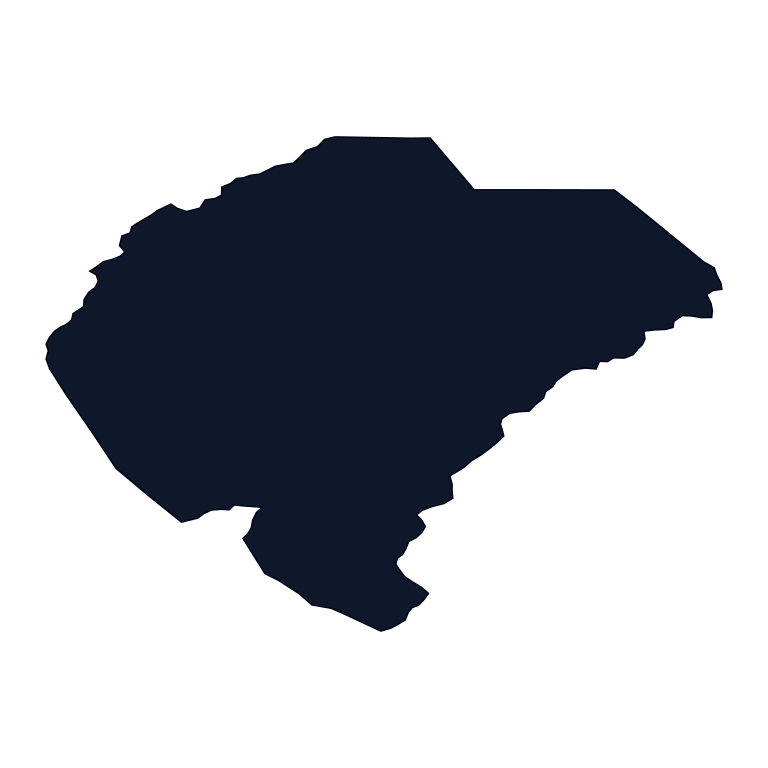 Itabaianinha, Sergipe, Brazil (Equal Earth projection), rotated 270°
{"feature_id": "56859067B9262557988032", "entity_name": "Itabaianinha", "entity_type": "district", "adm_level": 2, "iso_a3": "BRA", "parent_name": "Brazil", "parent_adm1": "Sergipe", "projection": "equal_earth", "projection_center": [-37.794, -11.271], "detail": "fine", "context": "isolated", "style": "filled", "palette": "ink", "viewbox_px": 768, "rotation_deg": 270, "n_neighbors": 0, "source": "geoboundaries", "source_scale": "gbopen_adm2", "svg_char_len": 2131}
<svg xmlns="http://www.w3.org/2000/svg" viewBox="0 0 768 768"><g transform="rotate(270 384 384)"><path d="M617.6,306.3L610.8,299.8L604.9,293.4L603.7,285.7L601.7,275.2L597.8,267.5L593.9,259.6L592.7,250.4L590.2,243.6L589.6,236.6L584.5,230.6L580.9,221.8L572.9,221.5L569.5,215.1L568.1,205.2L559.9,199.9L556.5,186.8L559.6,177.3L563.9,170.8L560.2,163.2L557.4,157.2L552.8,151.1L548.9,144.3L545.2,137.9L541.2,131.8L535.1,130.2L532.0,121.9L522.4,119.5L515.9,124.8L511.8,120.2L508.5,111.9L506.2,103.2L501.1,96.4L496.8,89.8L493.2,96.2L487.0,98.3L480.4,95.2L475.9,88.8L468.3,84.0L461.5,83.8L454.4,73.1L448.0,71.6L443.5,66.3L440.9,60.5L436.7,54.5L429.8,49.0L423.7,46.1L417.2,48.3L409.0,46.1L399.5,49.5L373.5,66.0L332.3,94.4L299.5,116.1L272.4,148.4L245.8,181.6L247.7,188.7L249.8,197.5L254.5,204.0L258.0,211.6L258.7,221.5L258.2,229.2L263.0,234.1L262.1,243.6L261.3,254.6L260.7,262.2L255.6,256.5L248.0,252.7L239.8,251.2L234.3,247.8L229.6,242.9L194.3,265.0L187.8,278.2L174.2,299.2L163.0,312.1L159.8,330.8L155.1,341.8L136.9,380.9L140.0,391.2L143.5,397.7L148.0,405.2L155.9,408.4L160.4,412.2L162.9,418.7L168.3,423.9L174.6,428.5L180.8,421.3L186.7,411.5L191.8,404.2L199.1,398.9L204.0,395.8L209.8,397.4L213.6,402.6L219.7,406.1L226.6,408.8L230.5,416.4L235.8,422.0L241.6,425.4L248.4,421.3L253.1,416.4L257.8,422.4L261.4,431.9L264.5,444.1L269.8,452.8L276.3,452.1L283.6,452.1L292.2,449.9L296.6,457.4L300.9,464.3L307.1,471.2L313.1,481.0L319.6,489.8L326.6,498.2L332.0,503.8L338.5,502.1L343.9,500.4L349.3,501.9L354.7,509.6L356.3,519.4L356.9,529.3L363.1,535.1L369.7,543.4L376.4,545.7L381.5,552.9L386.5,556.0L391.4,561.8L398.2,572.0L399.9,585.4L399.0,596.1L406.7,599.5L406.4,607.5L410.1,613.4L410.0,624.8L413.4,633.3L418.8,637.7L423.3,642.3L428.9,645.0L436.9,643.9L438.1,654.6L438.6,665.9L440.6,673.1L446.6,673.9L452.4,682.3L452.0,692.3L450.4,700.6L450.5,711.7L457.6,712.4L464.6,711.0L473.3,706.7L477.6,713.2L478.7,721.9L484.7,721.0L493.4,716.6L500.3,714.2L505.9,704.0L559.9,637.9L578.0,614.3L578.2,527.6L578.2,495.1L578.2,474.2L630.0,430.2L629.8,411.0L631.1,335.0L628.6,324.6L621.3,317.5L617.6,306.3Z" fill="#0f172a" stroke="#020617" stroke-width="1.5"/></g></svg>